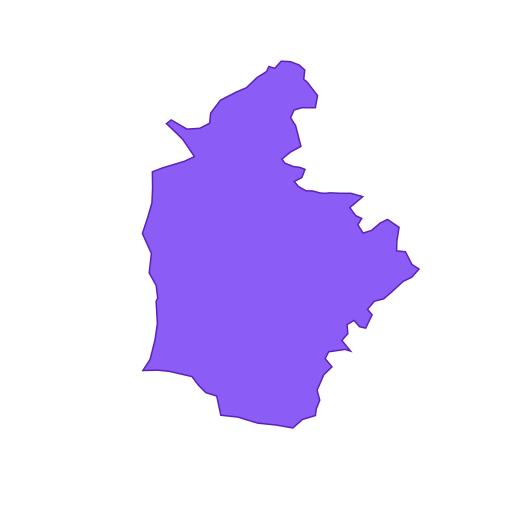 outline of Drymou, Paphos, Cyprus, rotated 138°
{"feature_id": "46923920B67482680261453", "entity_name": "Drymou", "entity_type": "district", "adm_level": 2, "iso_a3": "CYP", "parent_name": "Cyprus", "parent_adm1": "Paphos", "projection": "robinson", "projection_center": [32.5, 34.923], "detail": "fine", "context": "isolated", "style": "filled", "palette": "violet", "viewbox_px": 512, "rotation_deg": 138, "n_neighbors": 0, "source": "geoboundaries", "source_scale": "gbopen_adm2", "svg_char_len": 1560}
<svg xmlns="http://www.w3.org/2000/svg" viewBox="0 0 512 512"><g transform="rotate(138 256 256)"><path d="M143.6,137.2L145.8,145.4L142.1,159.2L148.1,165.7L141.6,172.6L130.5,181.6L133.8,195.2L141.6,197.4L153.1,197.7L161.1,201.4L159.4,211.1L152.3,213.1L154.9,219.3L153.9,229.2L137.0,228.7L143.6,239.2L151.8,246.6L158.6,253.3L162.9,256.5L166.2,260.0L170.4,266.5L175.2,270.9L178.0,279.4L177.7,285.8L169.4,283.6L161.6,287.6L164.1,292.5L168.4,297.5L172.4,305.7L171.9,310.7L161.1,310.2L149.3,307.4L143.3,318.8L139.3,326.5L137.8,335.7L130.0,339.0L122.7,335.5L112.7,326.5L102.9,334.0L101.6,351.4L102.4,355.3L95.3,361.6L96.1,369.0L100.4,377.4L106.9,383.9L116.4,382.9L119.7,388.2L124.7,386.0L135.7,387.9L150.7,387.5L160.8,391.0L178.1,395.6L194.1,392.5L201.6,385.7L212.3,388.5L222.4,396.5L228.0,413.9L233.2,414.2L234.0,414.3L233.0,401.8L232.4,391.6L235.2,371.1L245.6,374.2L266.7,384.1L276.7,387.9L287.4,375.7L297.7,365.2L309.7,357.7L325.4,348.7L332.0,327.9L346.7,314.9L349.9,300.9L357.1,290.6L360.6,289.1L374.4,271.9L387.2,261.2L396.6,254.9L403.9,250.0L416.7,246.6L405.4,236.9L397.5,228.2L391.1,219.0L384.3,209.3L385.2,198.1L384.7,187.9L378.9,178.2L388.7,161.2L377.4,148.6L366.6,130.7L354.3,117.1L343.7,103.6L330.8,103.4L318.6,97.7L313.6,102.0L305.1,106.2L300.4,115.4L285.1,122.4L273.7,122.8L273.3,133.4L266.2,136.2L252.3,127.0L249.4,122.1L248.7,135.8L239.7,136.9L234.2,144.1L226.2,142.5L226.4,134.2L222.8,129.0L209.1,134.6L208.8,141.8L198.3,143.2L189.7,138.7L178.2,138.5L163.6,138.7L154.5,136.0L143.6,137.2Z" fill="#8b5cf6" stroke="#5b21b6" stroke-width="1.5"/></g></svg>